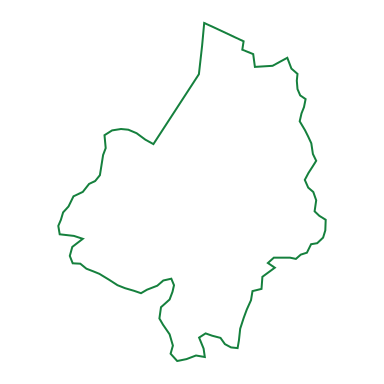 Parobé, Rio Grande do Sul, Brazil
{"feature_id": "56859067B66345802606616", "entity_name": "Parobé", "entity_type": "district", "adm_level": 2, "iso_a3": "BRA", "parent_name": "Brazil", "parent_adm1": "Rio Grande do Sul", "projection": "mercator", "projection_center": [-50.856, -29.657], "detail": "fine", "context": "isolated", "style": "outline", "palette": "green", "viewbox_px": 384, "rotation_deg": 0, "n_neighbors": 0, "source": "geoboundaries", "source_scale": "gbopen_adm2", "svg_char_len": 1469}
<svg xmlns="http://www.w3.org/2000/svg" viewBox="0 0 384 384"><path d="M59.7,234.3L73.9,235.9L82.8,238.8L72.3,246.9L69.8,255.9L72.7,263.3L80.3,263.7L86.4,268.7L93.4,271.4L99.3,273.8L109.0,279.7L117.5,285.2L125.1,288.2L134.0,290.8L141.0,293.2L147.0,289.7L157.3,285.7L163.3,280.5L171.3,278.7L174.0,285.2L172.5,291.8L169.6,299.5L161.0,307.2L159.4,318.5L163.0,324.7L169.6,334.3L172.9,345.6L170.6,353.7L177.2,361.0L186.5,359.1L196.0,355.5L204.8,357.0L203.6,348.6L199.1,337.6L205.6,333.4L212.1,335.7L220.5,337.9L224.9,344.1L231.0,347.4L237.6,348.1L238.9,340.6L240.2,328.7L243.7,317.9L246.8,309.5L251.0,300.2L252.5,291.1L261.5,288.9L262.4,276.8L274.8,267.7L267.9,263.0L273.8,257.7L283.5,257.7L290.2,257.7L295.9,258.9L300.8,254.6L306.9,252.7L311.1,244.2L317.2,243.2L323.1,237.6L325.3,230.4L325.7,219.8L319.3,215.8L314.6,211.3L316.2,200.3L313.3,192.0L308.2,187.6L304.8,179.9L308.5,172.9L312.7,166.4L316.2,160.8L312.9,154.0L311.3,143.3L308.1,136.4L305.0,130.2L299.7,121.3L301.5,113.4L304.0,107.1L305.6,99.1L300.2,95.4L297.5,89.1L296.8,80.7L297.5,73.9L291.4,68.6L287.3,57.8L279.9,61.8L272.6,65.8L254.9,66.9L253.2,54.1L242.3,49.7L243.6,41.3L235.0,37.3L213.7,27.3L204.2,23.0L202.1,45.7L198.9,74.2L153.4,144.1L145.4,139.7L136.6,133.2L128.3,129.7L121.0,129.0L112.1,130.4L104.5,135.2L105.7,148.1L103.1,155.0L101.3,166.4L99.9,175.2L95.2,181.0L89.1,183.9L82.8,191.9L73.5,196.3L68.5,206.5L63.1,212.4L60.9,219.8L58.3,225.9L59.7,234.3Z" fill="none" stroke="#15803d" stroke-width="2"/></svg>